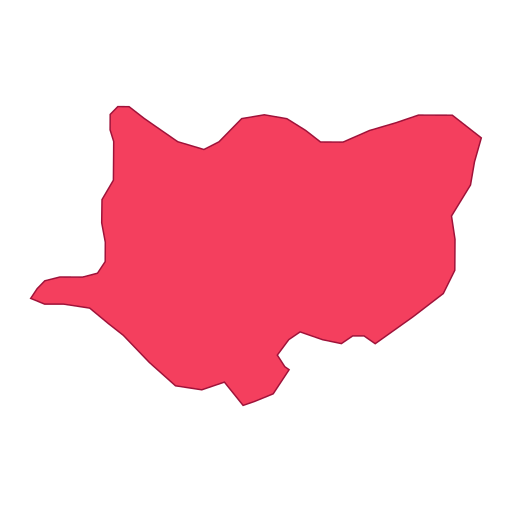 Pongsan, Hwanghae-bukto, North Korea (Natural Earth projection)
{"feature_id": "82179303B35443402904983", "entity_name": "Pongsan", "entity_type": "district", "adm_level": 2, "iso_a3": "PRK", "parent_name": "North Korea", "parent_adm1": "Hwanghae-bukto", "projection": "natural_earth1", "projection_center": [125.882, 38.516], "detail": "fine", "context": "isolated", "style": "filled", "palette": "rose", "viewbox_px": 512, "rotation_deg": 0, "n_neighbors": 0, "source": "geoboundaries", "source_scale": "gbopen_adm2", "svg_char_len": 891}
<svg xmlns="http://www.w3.org/2000/svg" viewBox="0 0 512 512"><path d="M110.2,114.4L110.1,129.9L113.7,141.5L113.6,157.0L113.4,180.2L102.0,199.6L101.7,222.8L105.3,242.2L105.2,261.6L97.5,273.2L82.5,277.1L59.9,277.0L44.8,280.8L37.2,288.6L30.7,298.4L44.6,304.1L63.4,304.1L89.7,308.1L108.4,323.6L123.3,335.3L149.4,362.5L175.5,385.8L201.8,389.8L224.4,382.1L243.1,405.4L254.4,401.5L273.2,393.8L289.1,369.7L284.8,366.7L277.3,355.1L288.8,339.6L300.1,331.9L322.6,339.7L341.4,343.6L352.7,335.9L364.0,335.9L375.2,343.7L413.1,316.7L443.3,293.5L454.8,270.3L455.0,239.3L451.5,216.0L470.5,185.0L474.5,161.8L481.3,137.9L452.3,115.2L418.4,115.1L395.8,122.8L369.5,130.5L343.0,142.1L320.5,142.0L305.6,130.4L286.9,118.7L264.3,114.8L241.7,118.6L219.0,141.8L203.9,149.5L177.7,141.7L155.2,126.1L144.0,118.3L129.1,106.7L120.4,106.6L117.8,106.6L110.2,114.4Z" fill="#f43f5e" stroke="#9f1239" stroke-width="1.5"/></svg>